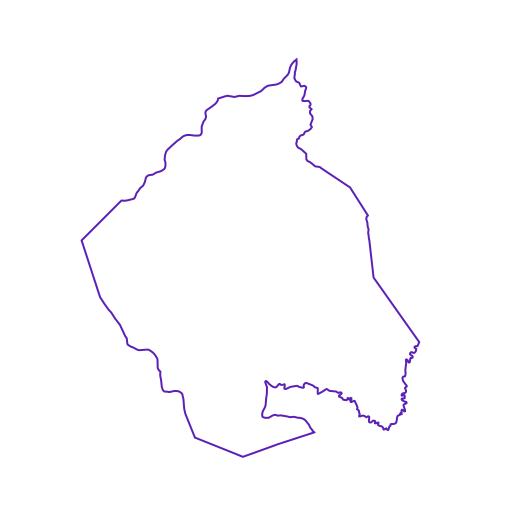 outline of San Antonio de Cortes, Cortés, Honduras, rotated 9°
{"feature_id": "27666195B17830621331766", "entity_name": "San Antonio de Cortes", "entity_type": "district", "adm_level": 2, "iso_a3": "HND", "parent_name": "Honduras", "parent_adm1": "Cortés", "projection": "robinson", "projection_center": [-87.991, 15.14], "detail": "fine", "context": "isolated", "style": "outline", "palette": "violet", "viewbox_px": 512, "rotation_deg": 9, "n_neighbors": 0, "source": "geoboundaries", "source_scale": "gbopen_adm2", "svg_char_len": 6095}
<svg xmlns="http://www.w3.org/2000/svg" viewBox="0 0 512 512"><g transform="rotate(9 256 256)"><path d="M265.2,55.6L263.0,58.1L261.6,60.4L260.7,62.3L260.1,65.0L259.9,69.5L259.2,71.6L257.8,73.8L255.9,76.3L254.0,80.2L251.2,82.4L249.1,83.5L242.5,85.5L240.6,86.3L237.9,88.8L236.2,91.1L234.9,92.6L232.4,94.3L228.9,96.9L226.5,98.2L224.6,98.9L221.8,99.5L217.7,100.1L214.4,100.4L209.9,102.3L202.8,102.2L200.3,103.2L194.0,106.4L193.8,108.7L193.2,110.1L192.1,112.0L188.5,115.8L184.5,119.6L183.7,121.0L183.6,122.6L184.9,126.2L184.6,128.7L183.1,131.5L182.1,136.6L182.5,139.3L183.0,141.7L183.1,143.1L182.4,144.8L181.8,145.5L180.6,146.0L176.6,146.7L171.8,146.8L168.8,147.3L166.3,148.5L164.6,149.9L162.8,152.2L160.4,154.4L155.9,159.8L151.6,165.4L150.8,167.5L150.5,170.0L150.5,172.7L150.7,175.3L152.0,178.0L152.4,180.6L152.4,183.0L151.9,184.2L150.2,186.0L148.8,187.1L144.2,189.3L141.3,191.8L138.6,192.6L136.9,193.3L135.6,194.6L135.0,196.1L134.7,200.0L133.9,203.0L133.2,204.6L131.0,207.0L129.4,210.5L128.5,211.8L128.1,213.0L127.4,216.5L126.8,218.1L125.6,218.9L120.2,221.2L117.5,222.0L114.4,222.3L81.3,267.9L108.4,321.0L113.8,327.0L118.7,332.0L121.8,334.4L126.7,339.9L132.4,345.3L139.3,355.5L141.2,357.5L142.7,362.9L143.2,363.6L146.0,364.9L149.8,365.8L152.7,366.9L154.5,367.3L155.9,367.2L162.9,365.5L164.6,365.4L166.3,366.0L168.9,367.3L170.8,368.6L172.3,370.1L174.3,372.5L175.0,374.0L176.3,381.3L176.6,382.2L177.9,384.0L179.6,385.1L180.1,389.1L181.8,393.8L183.4,399.9L184.8,402.7L185.8,403.7L186.9,404.2L189.5,403.9L190.7,404.0L192.2,403.8L195.6,402.4L197.4,401.9L200.1,401.7L201.8,402.0L204.2,403.3L204.9,404.2L205.8,406.5L206.7,408.6L208.6,416.5L209.2,418.7L210.9,422.9L224.1,444.9L274.5,456.4L307.2,438.4L341.1,421.1L340.7,420.7L339.3,419.9L338.9,419.5L338.8,419.0L336.7,417.3L334.6,414.3L330.2,410.3L327.9,409.4L326.3,409.1L324.6,409.0L322.3,409.2L318.7,408.9L314.6,409.9L312.2,409.6L305.8,409.5L303.8,409.9L302.5,410.3L301.3,410.0L299.8,409.9L298.7,410.2L297.3,411.0L293.8,413.8L290.7,414.4L288.8,414.2L287.7,413.9L287.0,412.4L286.8,410.5L287.1,408.1L288.4,404.3L288.8,402.3L288.7,399.9L288.3,395.4L288.3,390.6L287.4,384.2L287.1,383.3L284.9,379.3L284.8,378.5L285.1,378.1L285.8,378.0L286.5,378.3L289.4,380.6L291.7,381.9L293.5,382.6L295.0,382.8L296.0,382.6L296.7,382.2L298.4,379.4L299.0,378.7L299.7,378.7L300.3,379.3L301.1,379.3L302.1,379.2L304.2,378.3L304.6,379.0L304.8,380.0L304.6,381.5L304.7,382.4L305.0,382.7L305.8,382.8L306.8,382.4L310.5,379.9L316.4,377.9L317.1,377.8L318.8,378.5L321.9,378.8L323.4,378.7L323.8,378.3L323.3,376.3L323.5,375.3L324.4,374.0L325.6,373.5L331.7,374.8L333.1,375.3L334.7,376.4L337.5,376.8L337.8,377.6L338.4,381.8L338.6,382.4L338.9,382.5L339.6,382.1L342.8,379.6L345.8,376.8L346.5,376.4L347.3,376.5L349.2,377.5L350.1,377.7L356.2,377.3L358.6,378.3L360.5,377.5L361.4,377.5L362.0,378.0L361.9,378.9L360.1,380.6L359.8,381.1L359.9,381.5L360.4,382.1L363.1,382.6L364.5,384.2L366.2,384.3L368.0,384.2L368.5,383.6L368.7,382.9L368.7,382.2L368.9,381.9L369.6,382.1L370.2,383.0L370.7,383.2L371.1,382.8L371.4,381.6L371.9,381.3L372.4,381.5L372.7,382.2L372.1,384.0L372.1,384.8L372.4,385.3L373.1,385.3L375.4,383.7L376.1,383.7L378.6,387.3L379.9,389.7L380.0,390.1L379.8,390.8L379.8,391.5L381.7,392.5L382.2,394.3L383.2,395.8L382.9,397.8L383.0,398.2L384.2,398.0L386.3,396.9L388.3,397.1L390.2,398.0L391.8,396.8L392.4,396.8L392.9,397.1L393.1,397.5L393.3,401.2L393.6,402.1L394.1,402.5L394.9,402.6L395.7,402.3L397.5,400.2L399.3,400.3L399.6,400.8L399.5,402.0L399.6,402.5L400.6,402.6L402.2,401.5L403.0,401.5L403.0,403.3L403.1,403.9L404.7,404.5L406.7,404.6L407.4,404.8L408.8,406.3L408.9,407.0L409.2,407.4L410.4,407.0L411.2,406.1L411.6,405.9L413.1,407.2L413.8,407.2L414.1,406.1L414.3,404.1L414.6,403.4L415.2,402.9L415.4,401.1L416.0,400.8L418.5,400.3L419.8,399.5L420.4,398.8L420.7,397.1L420.6,393.5L420.8,392.1L421.2,391.5L422.9,390.4L423.1,389.0L423.4,388.5L423.8,388.4L424.1,389.3L424.3,389.5L424.6,389.4L423.9,386.1L424.1,385.2L424.4,385.0L424.9,385.0L426.7,386.3L427.5,385.9L427.2,384.6L425.2,380.9L425.0,380.2L425.5,379.3L427.5,378.0L427.7,377.7L427.6,377.2L427.3,376.7L425.4,376.5L423.1,375.6L422.5,375.2L422.2,374.6L422.5,374.0L424.5,373.5L425.0,373.2L424.9,371.3L424.7,370.6L424.2,370.3L422.0,371.1L421.8,371.0L421.5,370.6L421.7,369.8L422.2,368.9L424.6,367.9L425.3,367.0L425.4,366.3L425.2,365.4L424.6,364.4L424.0,363.6L423.8,363.0L424.0,362.6L425.2,361.4L425.3,361.0L424.8,360.2L423.2,358.8L420.8,356.3L419.9,354.2L419.8,353.2L420.1,352.2L421.9,351.6L422.1,351.0L422.2,350.1L422.0,347.8L421.3,345.3L421.1,338.3L420.3,335.0L420.8,334.6L421.5,334.8L422.3,335.4L422.8,336.5L423.3,337.1L423.9,337.3L424.4,336.8L424.6,335.7L424.4,333.6L424.5,332.9L424.9,332.4L425.6,332.5L426.1,332.2L426.5,331.8L426.6,331.3L426.4,330.7L425.8,330.2L423.6,329.1L423.4,328.6L423.5,327.9L423.8,327.2L424.3,326.7L425.1,326.7L426.9,327.1L427.6,326.8L428.3,326.0L428.8,324.6L428.8,322.8L427.0,321.8L426.8,321.1L427.1,320.6L427.6,320.2L428.3,320.0L429.2,320.0L429.6,319.7L430.7,315.5L375.5,258.9L365.4,222.5L364.8,221.2L363.9,217.7L363.2,215.9L363.0,212.0L361.8,209.8L360.7,205.4L359.4,203.0L359.1,201.5L359.1,200.3L360.2,198.5L338.2,173.6L306.7,159.1L305.6,158.4L304.5,158.1L301.7,158.2L300.2,158.1L296.5,155.8L294.0,154.6L292.1,154.2L290.6,152.5L289.9,149.1L289.8,147.8L289.4,147.0L283.8,143.4L280.7,142.4L279.9,141.7L279.1,140.7L278.5,139.6L278.2,138.7L278.2,137.4L278.5,136.5L278.2,135.1L278.3,134.5L280.0,133.2L280.2,131.6L281.0,130.2L281.6,129.8L283.2,129.1L284.0,128.6L285.0,125.7L286.0,125.0L287.4,124.5L288.4,123.7L290.0,122.0L291.0,120.0L290.9,119.6L289.6,118.3L289.3,117.6L290.5,112.2L290.4,111.4L290.1,110.0L289.6,109.0L287.3,106.9L287.0,106.4L286.7,104.3L287.9,102.3L285.9,101.1L285.4,100.4L285.3,99.7L286.1,98.5L286.2,97.9L286.1,97.2L285.6,96.4L284.2,95.0L283.4,94.6L282.4,94.7L280.5,95.3L278.3,95.5L277.7,95.5L277.4,95.1L277.4,92.9L278.2,91.2L278.7,89.4L278.7,85.3L279.3,82.3L279.1,81.4L278.2,80.7L277.0,80.4L274.5,81.4L273.7,81.4L271.6,78.2L270.9,77.9L268.5,77.4L267.2,76.0L266.1,74.4L266.0,73.8L265.9,69.5L265.6,68.5L266.0,66.6L266.1,60.3L265.8,58.2L265.2,55.6Z" fill="none" stroke="#5b21b6" stroke-width="2"/></g></svg>